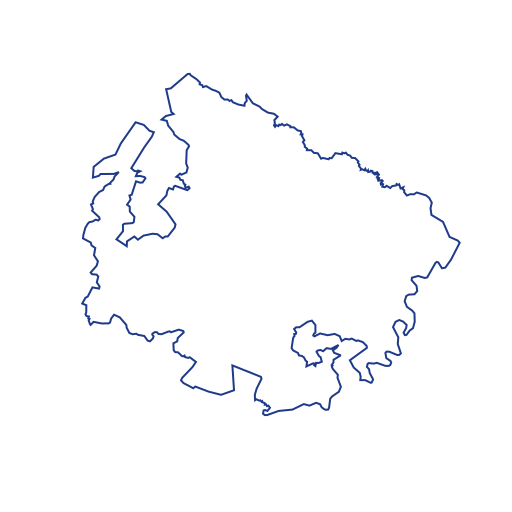 outline of Apaxtla, Guerrero, Mexico, rotated 292°
{"feature_id": "50627088B3794294637731", "entity_name": "Apaxtla", "entity_type": "district", "adm_level": 2, "iso_a3": "MEX", "parent_name": "Mexico", "parent_adm1": "Guerrero", "projection": "mercator", "projection_center": [-99.977, 18.094], "detail": "fine", "context": "isolated", "style": "outline", "palette": "blue", "viewbox_px": 512, "rotation_deg": 292, "n_neighbors": 0, "source": "geoboundaries", "source_scale": "gbopen_adm2", "svg_char_len": 6118}
<svg xmlns="http://www.w3.org/2000/svg" viewBox="0 0 512 512"><g transform="rotate(292 256 256)"><path d="M347.1,117.4L347.9,122.7L344.0,125.7L340.0,133.0L338.0,134.7L335.8,141.2L335.8,145.9L333.7,151.9L332.6,152.8L328.1,152.1L315.6,156.6L312.4,159.6L307.4,160.2L303.4,156.3L303.9,154.7L299.6,152.5L300.0,155.6L298.3,157.3L298.8,159.7L296.0,162.0L295.7,163.8L294.3,163.8L292.9,165.1L295.1,167.6L294.0,169.0L291.3,167.7L290.8,154.7L289.7,153.9L286.6,154.1L286.4,149.8L283.2,149.4L278.6,150.2L267.3,145.9L263.6,156.6L255.2,169.5L251.8,170.0L241.1,166.9L240.1,164.6L237.5,162.8L239.3,156.5L237.9,151.8L232.8,144.1L226.9,140.4L228.5,135.9L221.2,130.9L216.7,132.5L219.2,120.4L229.2,123.4L235.1,120.9L236.5,121.7L240.2,129.1L241.6,130.0L246.8,128.6L249.9,122.4L254.5,120.4L255.3,117.2L261.3,118.6L264.7,116.0L266.2,117.8L280.3,116.8L280.6,121.2L281.7,123.3L286.6,124.4L287.4,123.1L286.8,118.6L285.0,114.7L288.8,114.8L291.2,116.9L291.1,114.6L289.9,113.9L289.3,111.3L290.7,107.5L315.0,111.7L327.4,114.7L332.5,114.9L332.2,110.4L335.5,102.9L334.9,94.3L309.7,88.5L297.4,87.7L289.3,78.5L277.8,72.1L267.6,75.4L271.4,80.2L273.8,81.2L278.8,93.3L282.4,97.4L276.8,95.1L273.5,95.2L269.0,93.3L268.4,93.9L267.6,92.4L263.7,89.6L259.9,89.5L256.6,86.6L250.3,84.3L245.3,84.2L243.8,85.4L242.0,83.7L238.4,87.2L236.6,87.1L233.1,96.2L231.7,97.2L229.9,96.5L229.6,93.7L226.5,91.3L225.1,88.9L222.9,87.9L218.1,87.2L210.7,88.1L207.5,89.0L206.6,97.7L204.2,99.6L203.2,104.0L196.0,105.5L191.9,111.4L187.3,111.9L178.7,108.9L177.7,110.8L179.0,115.1L178.0,117.4L171.9,118.3L169.1,122.4L167.0,122.7L165.6,116.1L155.4,115.2L153.3,113.5L146.8,112.7L146.8,117.1L140.3,119.7L137.9,119.8L136.8,121.5L137.3,123.7L135.3,123.9L135.3,125.2L133.6,125.0L130.6,127.6L130.2,128.5L134.1,130.1L135.7,138.3L138.3,144.6L139.7,145.6L143.6,145.1L148.4,146.4L148.1,152.6L143.5,161.6L141.1,162.9L137.2,167.4L137.2,170.8L139.1,174.2L138.7,176.1L140.0,182.4L136.9,187.3L137.2,189.7L141.1,191.3L143.2,191.1L144.2,189.3L145.3,189.1L147.6,190.8L148.2,192.7L147.2,194.9L148.1,197.7L153.0,202.9L153.8,204.2L153.5,205.8L158.8,212.0L159.2,216.7L158.1,217.6L150.7,214.2L147.3,214.9L144.1,212.1L137.8,215.0L136.6,217.1L137.5,219.8L135.5,224.7L135.6,226.0L136.9,227.0L135.7,228.1L136.1,231.3L137.3,232.5L135.3,240.0L129.2,238.7L115.4,233.2L112.6,233.1L111.0,236.4L109.9,247.4L112.2,248.6L112.5,262.8L114.2,275.6L123.3,285.9L145.7,275.1L145.8,305.8L144.2,307.1L133.3,306.3L126.9,306.9L123.3,308.5L122.0,309.2L123.3,309.9L123.1,313.1L123.8,314.0L122.9,315.9L123.6,316.2L122.8,316.9L122.9,319.2L121.4,319.8L122.2,320.9L120.9,322.4L121.9,323.5L120.5,325.8L116.6,324.6L116.6,322.2L115.7,320.9L112.4,321.6L111.8,323.7L112.7,325.9L120.8,335.0L127.3,347.4L136.6,355.8L137.3,361.6L142.4,366.7L142.6,370.9L140.4,373.5L139.6,376.1L139.5,378.2L140.6,380.4L142.6,380.6L151.4,378.3L154.2,379.1L161.2,383.7L166.5,383.7L173.6,377.2L176.5,376.4L180.0,369.6L181.7,367.8L183.1,368.0L183.3,367.0L186.2,367.7L188.9,366.8L195.1,371.4L195.6,371.2L195.5,364.7L197.4,362.6L201.0,365.0L204.4,365.8L198.0,360.4L197.0,356.0L192.9,353.9L193.0,350.9L191.3,348.4L189.9,348.0L186.8,351.9L186.4,353.8L182.6,356.6L180.2,354.0L179.4,351.7L176.2,352.3L176.6,350.7L178.1,349.9L177.7,349.0L172.5,344.1L177.1,343.0L177.5,341.3L179.9,338.5L180.5,336.0L179.9,333.0L181.8,331.3L182.4,325.6L184.0,323.5L194.2,321.1L196.3,321.7L197.9,320.7L198.7,322.1L200.1,322.0L202.6,318.7L204.9,319.9L206.2,323.0L214.3,328.5L217.0,332.0L214.3,336.9L207.2,339.8L205.6,338.8L203.7,338.9L203.4,340.3L208.2,344.5L209.4,352.1L213.2,358.1L213.0,363.6L209.3,367.3L212.7,369.9L213.6,373.8L215.3,375.7L214.8,380.8L215.9,382.1L216.2,387.2L214.1,392.3L212.3,393.2L194.5,382.1L189.2,388.4L186.5,396.0L183.4,398.2L180.0,399.2L181.8,403.8L181.4,410.0L182.1,410.7L185.5,410.8L190.0,405.4L193.5,403.1L194.7,400.4L197.9,399.9L199.0,400.8L200.4,405.6L202.2,408.0L202.6,417.2L203.9,420.3L205.2,421.3L207.8,421.3L209.0,420.1L210.2,415.0L214.6,412.3L216.2,412.8L217.2,415.4L217.1,424.1L218.1,426.0L220.0,426.8L227.5,420.4L233.9,418.4L241.4,409.7L247.2,410.0L250.3,412.8L250.3,416.9L248.5,421.5L245.5,422.2L240.2,421.6L238.4,423.7L239.3,425.1L244.4,426.4L247.9,428.6L254.4,427.8L262.2,424.4L263.9,421.3L265.4,415.0L269.7,410.8L275.0,410.3L277.3,411.9L279.9,417.3L283.9,418.6L288.5,416.0L291.9,409.3L294.3,408.7L298.2,413.8L298.9,420.9L300.4,422.8L316.9,425.0L318.3,425.9L318.3,427.5L314.3,433.0L316.1,435.9L325.8,438.2L344.6,439.9L345.9,437.2L346.2,428.3L357.7,416.6L359.8,403.3L365.7,399.9L371.3,399.0L374.8,394.7L375.9,390.9L375.1,381.3L372.3,379.2L371.2,376.1L368.6,373.2L370.7,369.4L372.5,368.9L373.0,366.8L374.9,366.8L372.8,364.7L376.1,361.9L375.2,361.3L375.4,359.4L374.0,359.6L371.8,356.1L369.3,355.0L370.0,350.8L368.0,349.7L367.6,347.1L370.2,347.0L370.4,345.9L369.2,345.0L370.3,344.3L373.0,345.4L373.5,344.4L371.6,341.2L373.0,340.0L373.2,341.1L374.4,341.0L374.5,338.6L377.5,339.5L379.1,336.9L378.3,336.2L377.0,337.2L376.1,335.7L376.4,334.6L377.5,334.7L376.9,332.8L378.4,332.1L378.1,330.5L377.0,330.3L375.9,328.6L377.3,327.8L376.5,327.6L376.5,326.1L377.8,324.7L376.1,324.4L376.2,321.9L375.2,320.9L376.2,320.8L378.1,317.6L379.4,317.8L380.7,315.5L382.1,315.5L383.9,311.3L382.9,308.0L384.4,305.6L384.1,303.1L385.5,300.6L384.3,299.5L384.2,297.3L382.5,297.5L381.1,291.1L375.0,289.5L374.4,287.5L372.9,287.1L372.0,281.4L370.6,279.9L374.4,274.8L373.3,271.0L374.8,267.7L373.2,263.5L374.7,263.2L375.5,260.3L377.0,259.8L379.3,256.7L381.4,257.5L384.4,253.7L386.1,253.6L385.5,251.9L387.0,252.0L388.6,250.7L388.0,247.6L389.5,242.9L388.2,239.6L389.3,239.1L389.6,235.3L387.4,233.2L388.2,230.6L386.6,229.8L386.5,228.3L384.8,228.1L384.9,225.7L382.9,225.3L383.8,223.8L386.1,223.8L388.9,222.1L393.3,223.9L394.6,219.3L393.4,213.3L394.5,206.5L395.9,203.3L396.4,195.9L402.1,186.8L400.8,186.7L396.5,189.3L393.6,188.3L391.0,189.0L389.8,182.8L389.9,176.9L391.3,174.8L389.9,173.5L390.5,171.2L389.2,168.1L390.4,164.3L393.7,160.9L394.1,156.6L393.8,153.1L394.9,146.2L392.7,143.5L394.2,142.3L394.1,139.4L395.8,139.1L397.6,134.8L399.1,127.7L400.1,126.4L399.1,124.4L379.5,114.2L377.0,110.2L357.9,123.4L356.8,126.4L351.9,119.9L347.1,117.4Z" fill="none" stroke="#1e3a8a" stroke-width="2"/></g></svg>